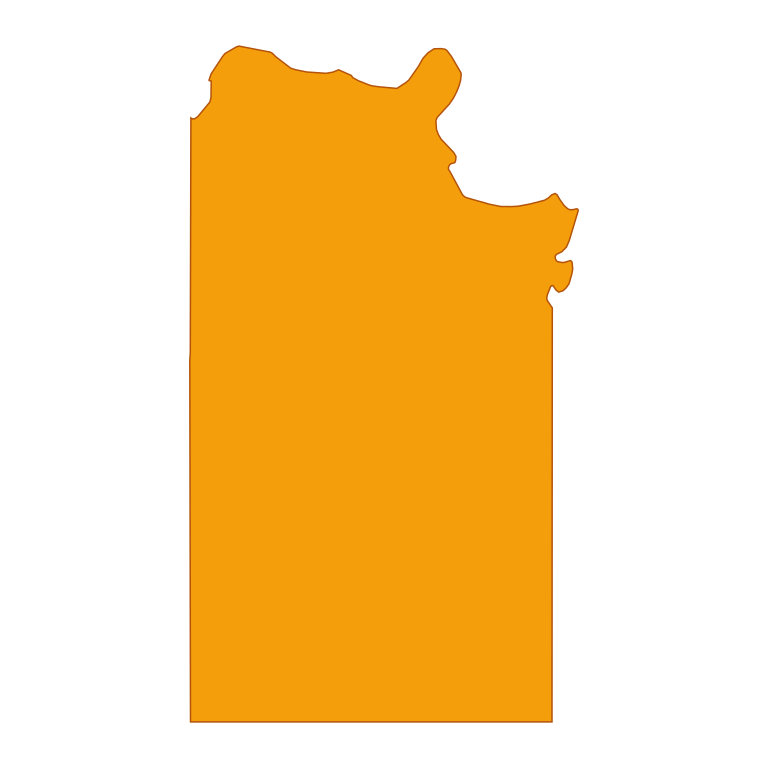 Clay, Texas, United States of America (orthographic projection)
{"feature_id": "52423323B2844770292718", "entity_name": "Clay", "entity_type": "district", "adm_level": 2, "iso_a3": "USA", "parent_name": "United States of America", "parent_adm1": "Texas", "projection": "orthographic", "projection_center": [-98.12, 33.812], "detail": "fine", "context": "isolated", "style": "filled", "palette": "amber", "viewbox_px": 768, "rotation_deg": 0, "n_neighbors": 0, "source": "geoboundaries", "source_scale": "gbopen_adm2", "svg_char_len": 1518}
<svg xmlns="http://www.w3.org/2000/svg" viewBox="0 0 768 768"><path d="M190.5,721.9L552.0,721.9L552.3,307.9L547.4,300.7L546.8,298.9L546.8,297.3L547.6,294.1L550.5,286.8L551.5,285.7L553.0,285.7L556.1,290.1L558.7,292.1L563.1,290.7L566.2,287.8L569.0,283.8L571.8,274.1L572.7,269.1L572.1,262.3L571.2,261.0L570.3,260.6L563.9,262.5L561.9,262.5L557.6,261.6L556.5,260.9L555.3,258.5L555.2,256.1L556.4,254.4L562.0,251.6L566.4,247.1L569.2,240.7L578.0,211.4L578.2,210.0L577.6,209.1L576.7,208.8L572.6,209.7L570.0,209.7L568.0,209.0L564.2,205.7L559.8,199.5L557.1,194.8L555.1,193.5L551.8,194.8L548.1,198.2L544.4,200.3L529.5,204.1L518.3,206.2L511.7,206.6L500.8,206.5L489.3,204.2L466.9,197.8L464.9,197.0L462.5,194.8L450.0,171.6L448.5,169.5L448.5,167.0L449.7,164.7L451.3,163.6L454.6,162.7L455.2,162.0L455.7,160.0L456.0,156.5L453.7,152.5L441.1,139.2L438.3,134.5L436.5,129.5L435.9,120.6L437.2,117.4L449.4,104.0L453.5,98.0L456.9,91.3L459.1,85.7L460.5,80.7L461.2,74.6L460.9,72.7L451.4,56.4L447.2,50.8L445.3,49.3L441.2,48.6L434.0,48.8L428.0,52.8L423.1,58.2L421.3,61.3L418.3,66.6L408.9,80.0L406.4,82.2L396.9,88.4L378.8,86.8L371.8,85.8L368.9,84.9L358.5,80.8L352.7,77.6L351.4,75.5L338.6,69.8L333.0,72.1L326.1,73.3L306.8,72.0L295.8,69.8L290.7,68.2L275.6,56.6L272.5,53.4L270.2,52.1L239.0,46.1L236.2,47.0L225.0,53.5L222.5,56.6L211.0,74.1L209.0,80.2L209.3,80.6L211.2,81.0L211.0,97.5L209.9,102.0L197.9,116.5L195.2,118.5L193.4,119.0L191.6,118.5L190.9,118.0L190.3,352.7L189.8,360.3L190.5,721.9Z" fill="#f59e0b" stroke="#b45309" stroke-width="1.5"/></svg>